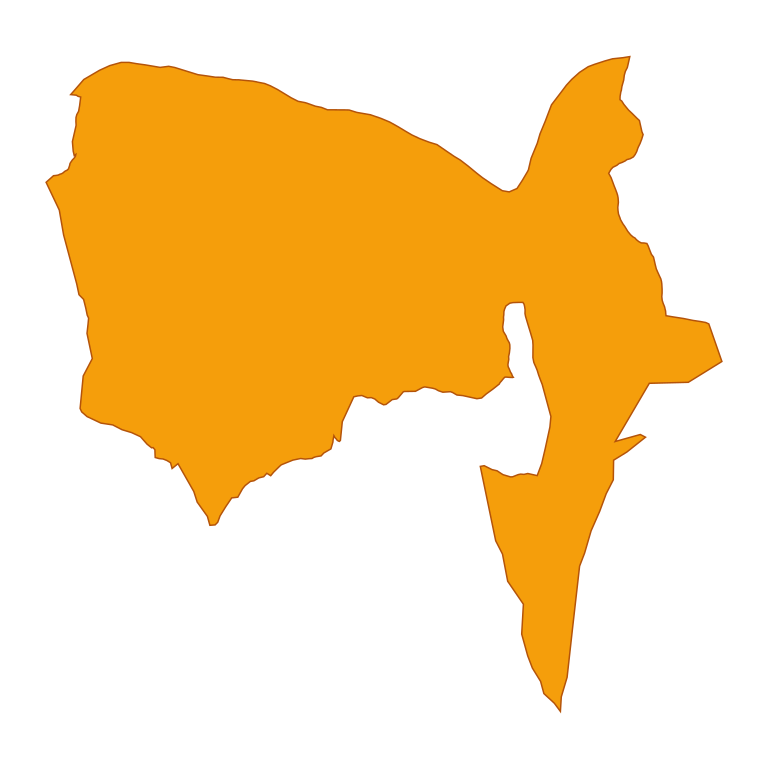 Ideato North, Imo, Nigeria
{"feature_id": "59680162B2351853936587", "entity_name": "Ideato North", "entity_type": "district", "adm_level": 2, "iso_a3": "NGA", "parent_name": "Nigeria", "parent_adm1": "Imo", "projection": "equal_earth", "projection_center": [7.158, 5.852], "detail": "fine", "context": "isolated", "style": "filled", "palette": "amber", "viewbox_px": 768, "rotation_deg": 0, "n_neighbors": 0, "source": "geoboundaries", "source_scale": "gbopen_adm2", "svg_char_len": 5013}
<svg xmlns="http://www.w3.org/2000/svg" viewBox="0 0 768 768"><path d="M629.8,56.6L622.9,57.7L612.5,58.8L604.7,61.0L594.3,64.4L588.2,66.7L579.5,72.4L571.7,79.4L566.4,85.2L561.2,92.1L551.5,104.8L548.3,113.2L545.3,121.1L540.0,133.9L537.3,143.2L531.1,158.3L528.4,169.9L527.4,171.8L522.3,180.4L517.0,188.5L509.2,191.9L502.3,190.7L491.1,183.6L482.5,177.7L476.5,173.0L467.9,165.9L460.2,160.0L454.2,156.4L447.3,151.7L437.0,144.6L429.2,142.2L423.6,140.1L419.7,138.6L412.0,135.0L406.0,131.5L398.2,126.8L389.6,122.0L381.0,118.4L370.8,114.9L370.7,114.8L356.8,112.4L349.1,110.0L344.5,109.9L340.4,109.9L333.5,109.8L327.5,109.8L321.4,107.4L315.4,106.2L307.0,103.2L305.0,102.6L299.7,101.6L298.1,101.3L291.2,97.8L277.5,89.5L271.1,86.2L270.6,85.9L264.6,83.5L257.9,82.2L256.3,81.8L252.5,81.1L241.6,80.1L238.6,79.8L236.7,79.8L232.6,79.7L228.0,78.6L223.1,77.3L215.3,77.2L207.5,76.0L198.0,74.7L191.9,72.8L190.9,72.5L190.3,72.3L182.5,69.9L174.8,67.5L168.7,66.3L160.1,67.4L153.1,66.2L145.4,64.9L136.7,63.7L129.0,62.4L121.2,62.4L109.8,65.6L99.5,70.3L83.8,79.5L76.8,87.6L70.7,94.6L76.4,95.2L78.0,96.3L80.7,97.0L79.6,105.8L78.6,111.3L76.8,114.6L76.0,117.5L75.9,121.5L76.1,125.2L75.9,126.3L72.4,141.6L73.2,151.1L74.2,155.5L75.8,154.4L75.4,156.3L74.0,158.3L72.4,159.9L71.8,160.8L70.6,162.5L70.0,163.6L69.6,165.5L68.8,167.9L68.4,169.0L67.7,169.6L67.2,170.1L65.0,171.2L62.7,173.1L61.6,173.7L59.7,174.3L58.6,174.9L57.5,175.2L55.5,175.5L53.5,175.7L46.1,182.3L59.3,210.1L63.6,234.9L76.7,283.8L79.0,294.7L83.6,299.4L85.8,308.2L87.2,315.1L88.6,318.1L88.0,324.5L87.0,333.4L92.3,358.6L83.2,376.0L80.1,408.5L81.7,411.9L87.1,416.6L100.9,423.1L112.7,424.9L122.0,429.7L131.6,432.6L140.5,436.7L147.1,444.2L151.6,447.8L153.1,447.6L154.9,449.7L155.0,453.2L155.2,457.5L159.1,458.6L163.1,459.0L166.9,460.5L170.5,462.7L172.1,468.5L178.0,463.7L193.8,491.5L197.2,502.1L207.4,516.4L209.9,525.3L215.1,524.9L217.7,522.3L220.1,515.8L225.8,506.6L231.7,497.9L237.8,497.2L242.5,488.8L245.1,485.6L250.4,481.4L253.9,480.8L258.8,477.9L263.7,476.7L266.8,473.3L270.7,475.7L273.6,472.2L279.7,466.2L281.3,464.8L292.9,460.1L300.6,458.5L305.3,459.1L308.8,458.7L312.0,458.5L313.8,457.4L316.1,456.7L321.1,455.9L323.8,453.0L330.9,448.9L332.9,442.1L333.1,439.8L333.9,435.7L334.8,437.4L336.2,438.9L337.2,440.3L338.3,441.0L339.4,441.4L340.4,440.4L342.3,421.7L353.8,396.8L357.8,395.9L361.9,395.5L367.4,397.8L371.3,397.6L374.8,399.0L378.5,402.2L383.6,404.8L386.0,404.4L392.2,399.6L396.8,398.9L398.2,397.8L403.3,391.8L404.3,391.5L415.5,391.3L422.6,387.5L424.8,386.9L432.5,388.2L435.4,389.0L438.4,390.7L442.8,392.2L450.4,391.7L452.6,392.5L456.9,395.0L462.8,395.6L476.9,398.7L481.6,398.0L486.3,393.9L492.9,389.1L499.3,384.0L500.0,382.6L501.4,381.1L502.6,379.6L503.8,378.2L504.8,377.2L505.6,377.1L506.7,377.1L508.6,377.3L510.1,377.4L512.4,377.5L513.3,377.3L512.7,376.5L512.1,375.3L511.7,374.0L510.4,371.9L509.3,369.1L508.2,366.8L507.9,364.8L508.2,362.6L508.8,359.3L508.6,356.6L509.4,352.9L509.9,348.4L509.8,344.8L509.3,342.8L508.0,340.5L506.9,338.4L506.1,336.0L504.5,333.3L503.3,331.3L502.7,326.9L503.1,323.8L503.6,319.8L503.5,317.0L503.8,314.9L503.9,311.6L504.6,309.1L506.0,305.9L509.8,303.2L512.9,302.6L518.7,302.4L522.9,302.4L524.1,304.3L524.7,307.0L525.1,309.9L525.0,313.5L525.5,316.2L527.0,321.3L528.8,327.3L530.5,332.8L532.7,340.4L533.0,345.0L532.9,357.6L533.8,362.3L534.6,364.3L535.8,366.9L537.2,370.3L538.6,374.9L540.4,379.8L542.2,384.4L550.9,416.5L549.9,427.1L545.2,448.7L541.7,463.6L537.2,475.6L527.8,473.5L524.0,474.4L520.7,474.1L518.2,474.6L512.6,476.8L510.5,476.9L503.1,474.7L501.0,473.4L497.1,470.8L492.0,469.6L484.2,465.7L480.3,466.4L495.7,540.8L502.5,554.1L507.7,581.3L523.4,604.2L521.7,634.1L527.7,655.8L532.4,668.1L540.6,681.4L543.9,693.6L554.3,703.2L560.4,711.4L561.3,696.8L567.1,677.3L572.6,627.8L579.6,566.1L584.6,553.1L591.1,530.8L599.7,511.3L606.2,493.7L613.3,479.8L613.6,460.2L626.9,452.0L645.5,437.2L640.3,434.5L615.2,441.5L649.3,383.3L688.3,382.3L721.9,361.5L708.8,323.9L705.7,322.5L700.3,321.5L692.9,320.4L683.5,318.5L672.5,316.8L666.0,315.7L665.7,313.0L665.6,311.1L665.1,309.2L664.6,306.9L663.1,303.2L662.2,300.3L661.8,296.6L662.1,293.1L662.1,289.3L661.8,283.8L661.5,281.5L660.8,278.8L659.7,276.5L657.6,271.9L656.3,268.9L655.1,264.1L654.4,260.9L653.5,257.1L651.4,254.3L649.5,249.5L648.2,246.0L646.9,243.5L644.2,243.0L641.2,242.9L638.8,241.6L636.3,239.6L635.1,238.1L633.0,236.9L630.6,234.8L627.8,231.4L624.8,226.5L622.8,223.7L620.5,219.6L619.9,217.6L619.3,216.2L618.5,214.0L618.0,210.5L617.8,207.4L618.4,202.4L618.1,198.0L617.6,195.3L616.9,193.0L615.4,189.0L614.1,185.8L612.9,182.5L611.1,177.7L608.7,173.3L609.8,171.4L610.9,169.5L612.9,167.3L616.9,165.3L619.1,163.5L622.2,162.4L625.4,160.8L626.7,159.7L630.2,158.7L633.4,156.9L635.1,154.6L636.7,151.6L638.0,147.7L640.1,143.4L641.7,139.2L643.1,134.6L641.9,131.7L639.4,120.5L636.7,118.0L632.3,113.6L628.5,110.0L623.9,104.4L621.8,101.1L620.0,99.7L620.1,96.3L620.9,91.5L621.3,90.7L621.9,86.5L623.7,80.1L624.3,75.2L625.4,71.3L627.3,67.6L628.2,63.8L629.8,56.6Z" fill="#f59e0b" stroke="#b45309" stroke-width="1.5"/></svg>